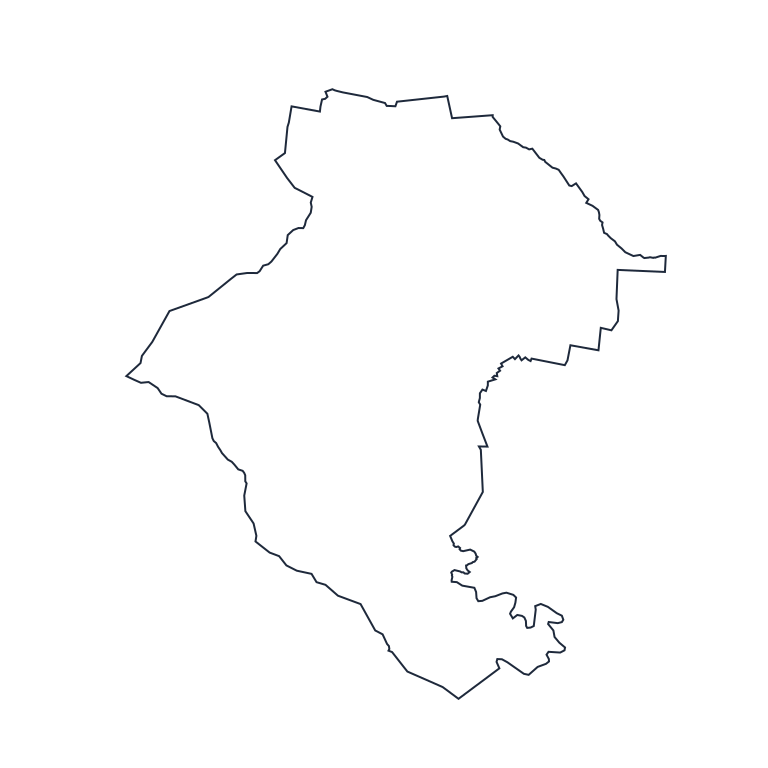 outline of Ga Central Municipal, Greater Accra, Ghana, rotated 281°
{"feature_id": "2480657B96936068561499", "entity_name": "Ga Central Municipal", "entity_type": "district", "adm_level": 2, "iso_a3": "GHA", "parent_name": "Ghana", "parent_adm1": "Greater Accra", "projection": "robinson", "projection_center": [-0.313, 5.617], "detail": "fine", "context": "isolated", "style": "outline", "palette": "slate", "viewbox_px": 768, "rotation_deg": 281, "n_neighbors": 0, "source": "geoboundaries", "source_scale": "gbopen_adm2", "svg_char_len": 4040}
<svg xmlns="http://www.w3.org/2000/svg" viewBox="0 0 768 768"><g transform="rotate(281 384 384)"><path d="M122.4,443.1L110.5,456.8L106.2,461.8L97.7,499.4L89.2,517.2L126.9,551.5L132.7,547.5L135.6,547.7L136.3,552.3L134.4,558.2L126.2,576.6L126.1,581.5L135.6,588.8L140.2,596.4L143.1,598.9L145.5,598.3L149.3,595.2L152.5,596.6L154.0,608.2L157.0,612.0L159.9,612.0L163.5,605.5L168.2,599.7L174.4,597.3L179.7,590.9L181.8,591.1L182.4,600.2L184.2,604.0L186.8,605.0L190.5,602.8L192.0,597.3L196.5,587.4L198.0,579.9L194.8,574.8L191.5,576.0L175.0,577.2L172.9,574.4L171.9,571.1L173.7,569.6L174.4,569.5L178.5,568.5L181.6,566.3L182.7,563.7L182.7,558.9L178.5,555.2L182.5,551.6L184.7,552.0L189.7,554.3L194.4,554.7L199.6,554.4L201.7,551.2L202.5,544.0L201.0,540.2L196.9,533.7L194.9,528.8L189.9,521.9L188.8,518.0L191.4,515.7L197.4,514.1L201.2,511.6L201.0,499.3L203.4,493.3L202.8,488.2L204.2,487.8L207.0,487.9L207.8,487.9L208.9,487.2L209.8,487.3L211.7,486.0L212.7,486.4L214.8,488.7L214.5,494.6L213.9,496.1L214.3,497.9L213.4,499.3L213.7,502.3L215.8,504.0L216.9,501.8L218.7,500.0L221.5,499.2L221.9,500.1L223.3,501.2L225.0,504.4L226.0,505.0L226.9,506.8L229.9,508.4L230.7,507.7L232.1,508.9L233.0,507.3L235.0,506.3L236.7,504.6L237.9,500.2L235.0,493.6L235.1,491.2L236.3,489.7L237.5,490.0L238.7,487.8L238.2,486.9L237.8,486.1L237.8,484.8L238.4,483.8L239.0,483.0L240.7,483.0L242.6,481.2L247.5,477.9L260.5,489.7L261.5,490.3L296.9,501.6L337.1,491.8L337.9,491.6L340.8,489.1L342.3,497.5L354.1,490.1L365.7,483.0L367.4,482.8L382.1,482.4L384.2,480.5L388.5,480.8L393.2,479.9L397.3,481.7L396.6,485.4L402.4,486.2L406.1,485.5L409.8,492.4L411.1,489.3L413.2,490.8L413.3,493.7L416.3,492.6L419.2,495.4L421.1,493.4L424.0,497.0L426.4,495.0L435.3,505.2L433.4,507.8L437.7,510.6L436.5,512.0L435.0,513.0L433.5,514.5L437.1,517.6L435.2,521.0L434.5,523.5L437.1,524.0L437.0,556.7L437.0,557.9L442.2,559.6L443.1,559.6L457.6,559.6L458.0,588.1L480.5,586.1L480.1,597.0L490.4,601.6L492.6,601.3L500.8,600.3L511.7,596.0L540.6,591.6L541.9,600.4L547.6,638.4L563.5,636.2L563.3,635.5L563.1,634.7L562.5,631.1L559.7,626.0L559.7,625.0L559.2,624.3L559.2,620.9L558.6,619.7L557.3,615.5L557.7,614.4L559.6,610.8L557.2,604.4L559.4,595.7L562.4,591.3L565.2,586.1L568.1,583.5L570.4,578.8L572.5,575.7L573.7,574.3L574.4,571.2L578.2,569.5L581.7,567.7L584.3,567.7L585.5,565.1L587.2,563.7L591.0,563.2L593.6,562.2L595.7,561.0L598.7,554.7L600.4,548.0L604.4,549.5L606.8,545.0L610.3,542.0L617.6,534.2L614.1,530.5L614.2,528.0L622.0,520.5L624.7,517.6L627.6,514.6L628.3,511.5L628.5,508.1L632.8,499.9L634.5,498.6L634.4,496.9L635.7,493.3L643.3,484.7L642.0,481.7L643.1,478.3L643.0,475.4L645.7,469.7L646.5,464.6L646.5,461.5L647.6,458.8L647.9,456.6L649.6,453.6L655.8,449.0L659.1,449.0L661.0,446.8L666.9,439.7L668.6,439.4L668.0,437.2L657.9,400.1L678.8,391.1L677.6,388.1L663.6,342.9L658.8,342.2L658.1,337.2L657.5,333.6L660.0,331.4L660.9,319.2L662.5,312.8L662.4,287.9L662.7,281.8L662.9,279.6L663.5,277.1L662.0,274.6L659.7,270.8L655.2,273.7L652.7,271.8L651.5,268.9L644.2,268.7L639.2,269.1L638.9,240.3L622.5,240.7L618.0,240.2L591.8,242.7L582.9,234.3L567.7,249.6L559.5,258.9L558.6,262.2L554.0,278.1L548.1,277.5L544.1,279.2L538.1,279.4L529.9,276.2L524.8,276.0L521.6,275.0L520.8,270.3L517.8,265.5L511.8,261.1L503.7,261.5L496.7,256.4L491.4,254.5L482.7,250.1L479.5,247.6L477.1,242.8L471.0,240.4L468.7,238.3L466.9,228.6L463.4,218.4L458.0,213.7L435.9,195.1L434.6,193.0L414.7,159.5L381.1,148.5L365.4,141.0L358.1,141.0L342.6,129.6L340.4,138.2L338.8,145.2L340.4,150.5L341.0,152.6L336.8,162.6L332.0,167.4L330.5,173.0L332.1,181.6L327.9,206.2L321.1,216.3L312.7,219.9L298.0,225.9L295.5,227.8L294.0,230.5L290.7,233.1L287.8,236.0L285.3,238.1L280.0,245.1L278.6,249.4L276.4,252.4L272.4,257.2L271.8,261.8L270.1,263.7L267.9,265.2L262.0,266.4L260.2,268.1L247.8,268.1L232.7,272.2L222.2,282.6L210.6,287.7L204.9,287.9L196.7,303.9L195.0,313.9L187.3,322.8L184.1,334.0L183.8,349.1L176.6,355.6L175.7,364.9L167.4,379.2L163.5,403.0L140.4,422.4L138.0,430.4L129.4,436.6L127.7,438.8L125.0,439.8L123.1,439.3L122.4,443.1Z" fill="none" stroke="#1e293b" stroke-width="2"/></g></svg>